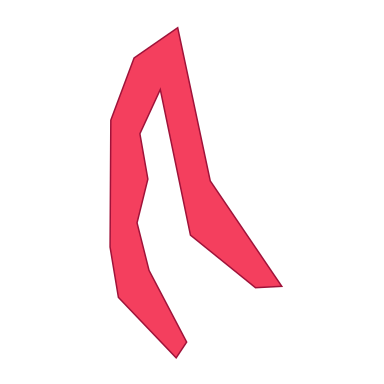 SVG path tracing the border of British Indian Ocean Territory, rotated 177°
{"feature_id": "IOT", "entity_name": "British Indian Ocean Territory", "entity_type": "country or territory", "adm_level": 0, "iso_a3": "IOT", "parent_name": "Seven seas (open ocean)", "parent_adm1": "", "projection": "equal_earth", "projection_center": [72.449, -7.328], "detail": "fine", "context": "isolated", "style": "filled", "palette": "rose", "viewbox_px": 384, "rotation_deg": 177, "n_neighbors": 0, "source": "natural_earth", "source_scale": "50m", "svg_char_len": 370}
<svg xmlns="http://www.w3.org/2000/svg" viewBox="0 0 384 384"><g transform="rotate(177 192 192)"><path d="M269.3,268.0L242.8,328.9L197.7,356.8L173.2,202.1L107.3,93.1L133.6,93.1L195.8,149.0L218.3,296.0L241.0,252.9L235.4,207.2L248.5,164.1L239.0,115.9L205.2,42.4L216.5,27.2L271.0,90.6L276.7,141.3L269.3,268.0Z" fill="#f43f5e" stroke="#9f1239" stroke-width="1.5"/></g></svg>